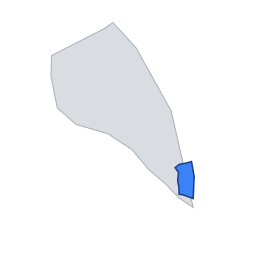 location of Ruggell within Liechtenstein, rotated 148°
{"feature_id": "LIE-4898", "entity_name": "Ruggell", "entity_type": "state/province", "adm_level": 1, "iso_a3": "LIE", "parent_name": "Liechtenstein", "parent_adm1": "", "projection": "natural_earth1", "projection_center": [9.518, 47.244], "detail": "fine", "context": "in_parent", "style": "filled", "palette": "blue", "viewbox_px": 256, "rotation_deg": 148, "n_neighbors": 0, "source": "natural_earth", "source_scale": "10m", "svg_char_len": 534}
<svg xmlns="http://www.w3.org/2000/svg" viewBox="0 0 256 256"><g transform="rotate(148 128 128)"><path d="M154.5,230.0L95.9,224.9L84.9,225.4L78.7,191.6L82.3,119.8L114.9,26.0L121.8,41.4L125.9,61.0L132.5,81.9L136.1,107.5L148.2,133.9L170.2,158.6L177.3,182.4L166.1,212.4L154.5,230.0Z" fill="#d9dde1" stroke="#a8b0b8" stroke-width="1"/><path d="M110.1,33.6L116.9,42.3L119.8,44.7L116.2,50.8L113.7,57.2L108.7,63.6L109.1,69.4L103.7,70.0L97.0,67.3L91.9,65.9L97.6,51.8L110.1,33.6Z" fill="#3b82f6" stroke="#1e3a8a" stroke-width="1.5"/></g></svg>